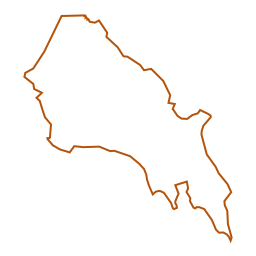 St. Mary's, Maryland, United States of America (orthographic projection)
{"feature_id": "52423323B54982247892787", "entity_name": "St. Mary's", "entity_type": "district", "adm_level": 2, "iso_a3": "USA", "parent_name": "United States of America", "parent_adm1": "Maryland", "projection": "orthographic", "projection_center": [-76.569, 38.273], "detail": "fine", "context": "isolated", "style": "outline", "palette": "amber", "viewbox_px": 256, "rotation_deg": 0, "n_neighbors": 0, "source": "geoboundaries", "source_scale": "gbopen_adm2", "svg_char_len": 1678}
<svg xmlns="http://www.w3.org/2000/svg" viewBox="0 0 256 256"><path d="M99.0,20.5L94.8,22.7L89.6,21.7L89.4,21.0L88.8,20.2L88.6,19.5L88.2,19.1L87.4,19.5L87.4,19.1L86.9,18.2L86.2,18.0L86.2,17.2L85.7,16.4L85.5,16.7L85.5,15.9L85.0,15.6L84.4,15.8L84.4,15.4L61.6,16.0L44.3,51.6L33.3,68.5L25.3,72.9L25.3,73.0L24.4,76.9L33.4,84.0L34.1,88.9L37.7,90.7L38.1,90.9L41.9,92.8L36.5,97.8L39.7,100.9L39.8,101.0L42.5,109.9L45.0,117.3L51.0,124.5L50.0,137.0L49.9,137.4L49.7,138.0L47.4,138.1L47.5,139.0L52.8,145.3L59.4,149.1L59.8,149.4L69.7,152.4L72.7,148.3L74.2,146.2L81.9,147.0L83.1,147.2L84.5,147.1L94.0,146.8L99.1,146.6L110.2,151.1L114.4,150.8L130.1,156.2L137.2,162.1L139.2,163.7L144.1,169.1L146.3,174.6L147.0,179.5L148.9,185.4L152.8,194.4L155.6,191.8L158.4,191.0L160.7,191.2L164.0,192.9L166.6,196.6L171.1,203.0L172.9,208.3L174.0,209.1L176.9,207.8L176.5,205.1L175.3,203.2L175.3,201.5L175.3,201.4L176.9,197.5L178.6,193.7L175.3,185.2L179.4,183.9L186.8,181.6L187.5,185.3L188.1,188.4L186.5,192.0L190.3,198.1L190.0,201.3L193.5,207.6L195.2,208.4L196.0,207.7L196.5,207.2L199.2,207.2L199.4,207.2L204.3,209.1L212.0,220.2L216.0,229.7L219.1,232.7L223.4,232.5L226.6,234.3L228.8,236.6L230.6,240.6L231.6,237.4L227.9,223.9L227.3,210.8L224.8,205.3L224.4,201.2L224.5,201.0L231.2,192.2L227.6,184.2L218.7,173.3L215.6,166.7L206.8,154.5L201.5,134.7L201.7,131.1L203.4,125.7L210.8,117.1L210.6,115.6L208.1,113.9L200.1,110.0L197.9,113.3L192.3,115.1L187.2,118.9L181.5,118.6L177.4,115.8L177.1,115.3L173.0,109.3L172.7,109.0L174.8,104.0L168.5,102.9L170.2,95.2L163.3,81.0L151.2,68.9L144.0,70.2L140.1,65.0L127.5,56.7L123.5,56.3L117.6,47.2L106.4,36.9L107.2,32.8L99.0,20.5Z" fill="none" stroke="#b45309" stroke-width="2"/></svg>